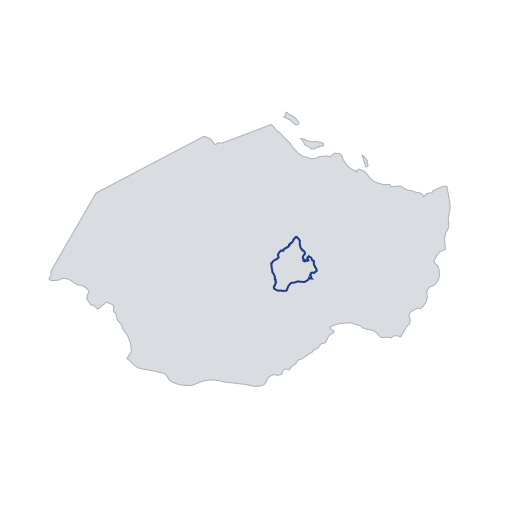 Iringa, Iringa, United Republic of Tanzania (highlighted), rotated 300°
{"feature_id": "72390352B92646008536074", "entity_name": "Iringa", "entity_type": "district", "adm_level": 2, "iso_a3": "TZA", "parent_name": "United Republic of Tanzania", "parent_adm1": "Iringa", "projection": "robinson", "projection_center": [35.361, -7.564], "detail": "medium", "context": "in_parent", "style": "outline", "palette": "blue", "viewbox_px": 512, "rotation_deg": 300, "n_neighbors": 0, "source": "geoboundaries", "source_scale": "gbopen_adm2", "svg_char_len": 5607}
<svg xmlns="http://www.w3.org/2000/svg" viewBox="0 0 512 512"><g transform="rotate(300 256 256)"><path d="M201.2,352.9L196.6,350.2L192.5,348.6L189.1,346.7L187.6,344.9L184.4,344.2L181.6,344.0L179.1,342.3L173.9,341.7L173.3,340.6L173.2,338.1L172.3,337.5L170.4,336.9L168.3,336.9L167.1,337.2L166.3,337.1L164.6,335.6L163.1,333.8L162.5,330.9L160.1,329.0L157.3,327.5L149.6,327.6L148.4,327.2L146.6,325.7L144.5,323.3L142.7,320.5L141.2,316.7L139.7,311.5L130.8,291.1L129.9,287.2L128.2,282.9L125.4,277.7L122.4,273.8L118.3,270.2L113.7,266.7L111.2,264.3L106.5,254.7L105.5,250.2L104.8,245.5L105.0,243.6L108.0,237.6L108.3,235.9L107.9,233.6L106.4,228.8L104.6,223.0L100.8,212.4L100.3,209.7L100.3,207.7L102.5,197.0L102.5,195.5L111.3,195.7L117.7,191.0L123.3,183.9L124.4,181.0L126.7,176.5L128.9,174.2L129.8,172.7L131.1,168.2L134.0,165.1L136.8,162.7L136.3,161.1L136.7,160.5L138.2,159.3L141.3,158.2L141.9,155.8L141.9,153.2L141.4,151.7L141.5,149.9L141.0,149.0L139.0,148.7L136.1,147.4L133.6,146.8L131.9,146.1L131.3,145.5L131.0,143.9L132.4,139.7L131.0,138.1L134.1,131.2L134.6,130.4L135.7,130.3L137.5,129.6L139.1,129.2L140.5,129.5L141.5,129.2L142.3,128.5L143.1,126.1L143.7,122.3L143.3,119.1L142.0,116.7L141.7,113.0L142.3,108.0L141.8,103.8L140.4,100.5L139.0,98.6L136.8,97.6L133.3,92.6L132.2,90.1L132.4,88.6L133.6,87.9L135.8,88.2L137.9,87.6L139.8,86.2L141.7,85.8L142.7,86.0L230.6,86.0L333.3,150.9L333.8,151.7L334.6,157.3L334.4,159.2L332.8,162.4L332.3,164.1L332.3,165.2L332.7,165.7L334.1,165.9L335.2,166.6L335.6,167.2L336.5,169.7L337.6,170.9L376.6,202.7L377.5,203.2L376.9,205.9L374.7,212.3L374.6,215.0L373.7,218.2L372.9,220.3L370.6,229.4L368.8,232.8L366.2,240.8L365.7,246.9L367.2,251.2L367.7,255.2L370.7,259.2L373.1,260.6L374.7,262.4L377.6,266.5L379.2,270.6L384.4,272.6L386.4,277.2L385.7,280.4L383.3,283.0L381.0,287.3L379.2,292.9L379.1,301.5L380.3,300.2L383.1,302.3L383.4,308.6L380.6,315.9L379.7,319.4L379.6,322.3L381.6,331.1L384.7,335.6L384.4,337.0L383.6,338.2L388.9,346.1L388.5,353.0L390.4,358.3L391.3,363.0L392.6,366.5L392.8,369.0L391.2,371.7L395.1,372.4L397.3,374.6L398.4,376.8L401.2,376.7L402.7,378.2L404.9,379.4L409.7,382.9L411.0,384.7L411.7,386.5L398.4,397.8L393.6,400.7L390.2,402.0L386.6,402.8L383.1,404.6L379.8,407.4L375.6,408.8L370.5,408.8L365.1,410.7L356.6,416.6L351.7,413.3L347.9,412.3L343.4,412.4L340.7,412.8L339.7,413.5L338.9,415.5L338.2,418.8L335.2,421.9L330.1,424.9L325.4,426.0L321.1,425.3L318.2,424.0L316.7,422.3L314.5,421.5L311.5,421.6L308.7,422.8L305.9,425.2L301.6,426.2L295.7,425.9L292.5,424.8L292.1,422.8L289.5,420.5L284.7,417.9L281.2,417.8L278.9,420.4L276.9,421.9L275.0,422.6L273.4,422.7L271.0,422.0L264.4,421.7L258.2,421.8L257.5,418.2L256.2,416.0L255.1,414.6L253.0,414.3L252.4,413.3L251.7,411.0L250.6,409.1L249.2,407.5L248.4,406.0L248.1,404.7L248.3,403.2L249.6,399.4L250.0,396.9L249.9,394.3L249.1,391.6L247.7,388.4L247.8,387.5L247.3,385.3L247.3,383.8L247.6,381.9L247.3,379.4L246.0,374.0L246.0,372.7L244.7,370.1L240.5,364.0L240.3,363.2L233.8,357.0L231.2,355.7L230.3,356.8L229.9,357.9L230.2,359.9L230.1,360.9L229.8,361.3L228.3,361.2L227.3,361.0L224.8,359.4L222.9,359.0L218.2,359.3L216.5,359.6L215.2,359.3L212.7,356.4L209.7,355.9L207.1,355.7L202.7,352.5L201.2,352.9ZM385.1,250.3L387.2,257.0L387.0,258.3L385.4,259.1L384.6,259.1L383.7,258.0L383.1,255.8L381.9,256.3L380.0,253.6L378.0,253.4L376.3,250.2L377.0,247.4L376.6,242.5L378.7,240.0L379.9,235.9L381.2,238.7L381.5,243.2L383.3,248.4L385.1,250.3ZM395.5,210.0L395.7,211.6L395.3,213.1L395.3,217.9L395.2,221.1L393.5,225.5L392.2,227.1L391.1,226.6L390.1,225.9L389.4,224.7L390.9,216.6L390.2,210.6L393.2,211.2L395.5,210.0ZM391.0,307.5L389.5,307.9L388.9,307.5L387.9,306.2L389.6,305.1L391.1,302.9L394.8,299.6L396.5,297.1L396.2,299.6L394.1,305.1L392.4,305.4L391.0,307.5Z" fill="#d9dde1" stroke="#a8b0b8" stroke-width="1"/><path d="M261.6,274.0L259.8,273.4L258.3,273.4L257.8,272.9L257.2,272.9L256.3,273.8L255.7,273.8L254.2,275.2L253.8,275.3L252.4,276.7L251.6,277.2L251.5,277.5L250.2,278.2L249.4,280.0L248.6,281.1L248.4,281.6L247.9,282.3L247.0,283.1L246.3,283.1L246.2,283.4L245.4,283.9L245.3,284.5L245.0,284.4L244.8,284.8L244.8,285.2L243.9,285.4L243.4,286.5L242.8,286.4L241.9,286.7L241.5,286.6L240.1,287.1L239.6,286.8L239.0,287.1L238.3,286.8L237.3,287.5L236.7,288.3L236.9,292.2L238.8,295.2L238.8,296.1L241.1,299.6L242.1,299.7L245.5,299.1L248.9,299.4L250.3,299.9L252.3,302.7L255.1,305.1L255.3,306.0L257.7,311.0L261.4,313.0L262.6,313.1L263.8,312.8L263.9,314.7L264.3,315.5L264.5,314.9L265.9,314.0L266.3,312.5L266.9,312.2L268.1,312.6L268.9,312.2L269.8,312.9L270.3,314.8L271.7,315.1L272.8,315.9L273.9,315.9L274.2,315.2L275.5,314.2L275.8,313.4L275.8,312.7L276.9,311.8L277.3,310.6L278.1,310.1L278.4,309.7L279.4,309.5L280.1,308.7L280.7,308.4L280.3,306.9L281.4,305.7L282.2,304.1L281.7,302.2L282.0,301.8L281.1,301.7L280.8,301.3L279.7,301.5L278.4,303.6L277.7,303.2L277.4,302.9L277.5,301.7L275.8,301.2L275.6,299.5L277.1,299.5L277.1,299.0L276.9,298.6L277.1,298.1L278.7,296.9L281.4,297.0L282.3,297.4L283.5,296.5L284.4,294.6L284.0,293.3L284.8,292.8L284.7,292.2L285.2,290.8L286.7,289.2L287.4,288.9L288.2,287.8L291.1,286.4L292.0,284.7L292.9,281.8L292.8,281.4L292.5,281.1L291.8,281.3L291.3,280.9L291.3,280.7L290.4,280.4L289.5,280.4L289.3,280.6L288.6,280.2L286.7,280.7L286.0,280.2L285.1,280.1L284.7,279.7L284.3,279.9L283.9,279.4L283.0,279.1L282.3,279.5L282.1,279.2L281.5,279.4L281.5,279.2L281.0,279.4L279.8,279.1L279.1,278.5L278.9,278.7L278.3,278.3L277.4,277.4L276.0,277.2L275.5,276.5L274.4,276.9L274.4,276.5L273.6,276.0L273.1,274.8L272.3,274.9L271.7,274.3L267.8,274.4L266.9,275.6L266.3,275.8L266.0,276.3L265.0,275.8L264.0,275.8L261.6,274.0Z" fill="none" stroke="#1e3a8a" stroke-width="2"/></g></svg>